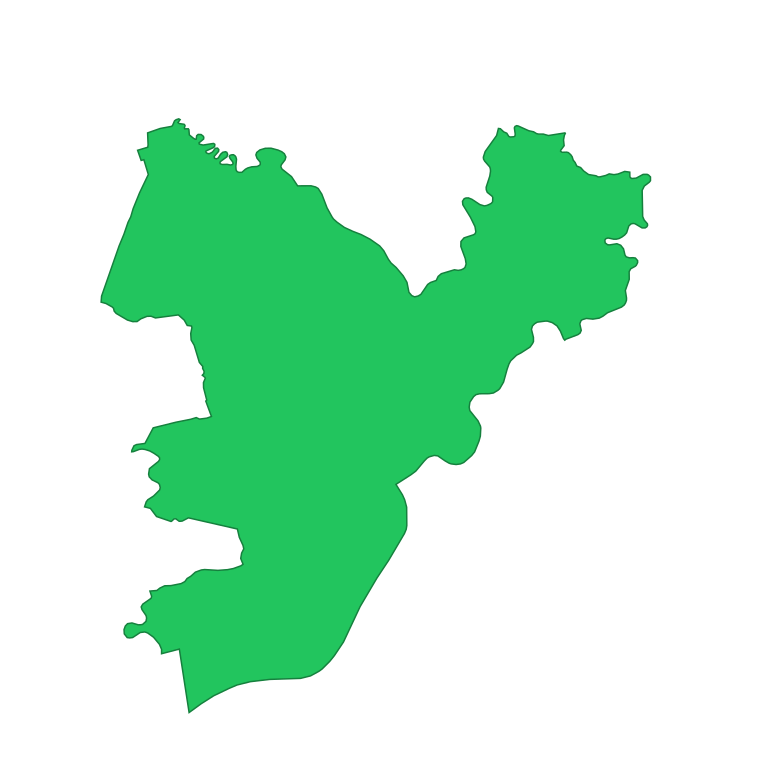 Go Quao, Kiên Giang, Vietnam, rotated 261°
{"feature_id": "81297802B76509043653809", "entity_name": "Go Quao", "entity_type": "district", "adm_level": 2, "iso_a3": "VNM", "parent_name": "Vietnam", "parent_adm1": "Kiên Giang", "projection": "robinson", "projection_center": [105.33, 9.72], "detail": "fine", "context": "isolated", "style": "filled", "palette": "green", "viewbox_px": 768, "rotation_deg": 261, "n_neighbors": 0, "source": "geoboundaries", "source_scale": "gbopen_adm2", "svg_char_len": 6161}
<svg xmlns="http://www.w3.org/2000/svg" viewBox="0 0 768 768"><g transform="rotate(261 384 384)"><path d="M110.5,275.0L112.2,278.3L118.6,287.1L123.5,292.5L135.5,303.6L167.9,325.6L193.5,346.7L209.2,361.1L233.1,380.8L237.0,383.2L240.7,384.4L258.8,387.1L266.4,386.3L271.6,384.9L283.0,380.1L290.2,396.5L293.0,401.8L301.7,411.8L304.1,415.0L305.0,417.3L305.6,422.4L304.6,425.9L298.5,432.3L295.6,435.9L294.6,437.8L293.2,442.6L293.1,447.0L294.0,450.5L299.6,459.4L302.8,462.9L312.6,468.8L317.4,471.0L325.3,472.7L327.3,472.7L332.9,471.1L344.3,464.6L347.8,464.5L352.6,466.0L357.5,470.5L359.1,473.2L359.4,476.9L358.0,486.3L358.0,490.7L360.1,495.8L361.3,497.6L367.2,502.4L379.3,507.9L384.3,510.6L387.1,512.8L391.7,519.4L393.3,524.2L397.7,534.1L400.8,537.1L402.6,538.3L406.7,538.9L414.9,538.2L418.1,539.7L419.9,542.1L421.1,545.0L420.9,552.8L420.6,555.1L418.3,559.8L414.3,564.0L408.6,566.5L400.7,568.4L399.0,569.4L399.8,570.7L402.4,583.2L403.6,585.6L406.1,587.2L412.8,586.8L415.6,588.4L416.5,589.8L417.1,594.1L415.4,600.5L415.4,606.9L416.7,610.8L419.4,615.9L422.8,630.6L424.5,633.7L426.4,635.3L428.8,636.6L431.0,637.0L438.6,637.0L449.0,642.6L456.6,643.7L459.2,645.7L461.0,650.7L461.8,651.8L464.2,653.5L466.2,653.8L469.1,652.0L469.8,649.7L470.2,646.1L471.7,643.1L473.7,642.2L480.1,641.7L484.0,639.5L486.1,636.0L486.1,628.7L486.5,626.7L488.8,624.5L491.7,624.7L492.8,625.8L493.2,628.1L491.1,633.5L490.7,636.1L490.9,638.9L491.9,641.9L493.5,645.0L495.4,647.3L501.8,650.5L503.5,653.1L503.6,655.2L503.0,657.0L497.8,663.3L497.3,666.4L498.2,668.3L499.6,669.2L501.1,669.2L505.3,666.6L509.0,665.7L534.9,669.3L538.8,672.1L541.8,677.6L543.1,679.0L546.8,679.6L549.0,678.0L549.9,676.7L550.5,672.7L547.9,665.3L548.2,660.9L549.3,659.6L550.4,659.3L554.8,659.9L556.3,655.0L554.8,648.0L554.8,643.9L556.3,639.3L555.3,635.7L554.8,629.6L555.1,627.8L556.5,626.0L558.9,618.8L563.2,614.5L567.0,612.1L569.1,608.5L572.9,607.4L575.5,605.9L579.0,605.4L581.3,604.3L583.7,602.3L584.4,600.7L585.0,596.1L586.2,594.8L587.2,595.1L591.2,599.2L597.0,599.5L601.3,601.0L603.2,602.3L603.7,602.0L603.7,585.2L605.9,580.5L606.7,575.7L607.4,573.9L609.7,571.2L611.5,566.6L617.8,557.0L618.4,555.4L617.9,553.7L616.6,552.8L610.4,552.7L608.5,552.2L607.9,551.0L608.2,547.4L609.0,546.0L612.5,544.5L614.3,541.7L617.9,538.9L618.5,537.0L611.8,534.1L597.8,520.3L592.5,517.6L590.6,517.5L588.4,518.3L581.8,522.4L579.9,522.7L577.5,522.5L572.8,521.0L562.4,515.7L559.8,515.4L557.1,516.0L552.6,520.1L551.3,520.6L547.0,519.8L545.7,518.3L545.0,516.3L544.3,513.6L544.2,511.0L546.2,506.8L552.7,499.7L554.6,496.5L554.9,494.0L554.5,492.2L552.2,490.1L548.7,489.9L535.3,495.4L525.2,498.5L520.0,498.5L518.2,497.5L517.4,495.8L515.8,485.9L512.7,482.3L507.8,481.4L495.1,483.9L489.7,483.9L486.4,482.2L485.4,480.5L484.7,478.1L484.6,475.1L485.8,471.4L484.0,457.9L481.8,454.3L478.1,451.8L477.0,445.8L475.5,442.7L466.8,434.5L465.6,431.6L465.3,427.9L466.9,425.3L470.6,423.0L480.8,422.6L487.8,419.9L497.2,414.2L502.4,409.9L506.6,407.8L515.7,404.6L521.1,401.3L529.2,392.9L535.2,384.8L539.6,377.2L544.8,369.4L551.2,362.9L554.9,359.9L557.2,358.8L566.9,355.3L581.2,352.3L587.4,349.6L589.3,347.3L591.2,342.9L593.2,329.7L603.3,325.1L612.2,316.9L614.7,316.1L616.5,316.8L620.8,321.3L623.6,322.6L627.0,321.6L629.4,319.4L631.6,316.0L634.5,309.5L635.4,303.7L634.6,298.0L632.6,294.5L630.3,293.3L626.8,293.9L622.5,296.4L620.4,296.2L619.6,295.5L618.7,292.8L619.2,287.3L618.7,283.2L617.8,280.7L615.3,276.8L615.8,273.6L616.8,272.1L618.5,271.4L622.1,271.7L629.1,273.5L631.5,273.2L632.8,272.5L634.0,271.2L634.2,269.5L634.0,267.8L633.2,266.8L630.9,267.2L627.0,269.3L625.5,269.5L624.5,268.7L624.3,266.6L625.5,263.4L626.1,258.7L627.0,256.8L628.0,256.5L629.2,257.1L633.0,264.4L635.3,265.5L637.4,265.0L638.2,263.8L638.1,261.0L636.5,258.5L633.1,255.6L632.6,253.5L633.5,251.9L635.3,251.9L639.6,257.0L641.3,257.5L643.0,256.5L643.2,254.3L639.9,250.8L638.9,247.8L638.9,246.7L639.9,244.9L641.2,244.3L642.0,244.7L644.2,252.7L645.4,254.0L647.2,254.4L648.2,253.4L648.3,252.4L648.3,242.7L649.8,239.1L651.1,239.0L654.2,244.2L656.0,244.6L657.1,244.2L659.0,242.4L659.6,239.5L658.5,237.8L655.2,236.8L655.3,235.7L656.6,234.2L660.5,230.7L665.7,231.1L666.7,230.6L667.2,227.0L668.2,226.9L670.2,227.9L671.3,227.6L671.8,227.2L673.3,222.5L674.4,221.4L677.0,224.0L678.0,222.8L677.6,220.1L676.7,218.3L672.6,215.7L671.7,214.6L671.4,202.9L669.0,189.8L657.1,188.4L654.8,187.7L653.4,177.2L642.8,179.1L643.1,181.9L627.8,184.0L611.1,172.5L596.5,163.7L588.7,160.0L583.8,156.5L572.5,150.5L561.9,144.0L515.0,118.8L509.1,117.4L507.0,122.0L502.6,127.6L501.1,128.7L498.2,128.9L495.6,130.5L487.3,140.6L484.9,145.6L484.3,149.9L486.4,154.0L487.9,160.5L487.4,164.5L485.0,168.6L484.4,191.7L478.3,196.7L472.6,198.8L471.4,202.9L469.7,203.1L464.1,201.0L457.6,200.4L451.9,202.6L434.2,205.0L429.7,207.7L427.7,207.3L424.7,208.3L422.5,207.7L421.1,205.9L418.5,208.2L417.7,208.4L413.6,205.9L408.5,205.2L395.8,206.4L395.0,205.3L378.9,208.5L378.0,203.7L378.2,196.3L380.2,193.3L379.4,187.6L378.8,172.3L376.8,149.2L362.7,138.6L362.9,130.1L362.1,127.4L358.0,124.6L356.5,124.2L356.4,125.9L357.7,132.2L357.6,134.8L356.7,137.8L354.5,142.2L351.6,145.9L347.9,149.8L346.2,150.8L344.3,150.5L342.8,149.1L337.1,139.1L331.8,137.4L329.0,137.6L325.6,139.9L321.8,145.3L320.0,146.5L316.6,146.8L314.4,145.8L309.4,138.9L306.7,132.7L304.8,130.7L300.1,128.3L297.7,133.8L288.7,138.6L281.6,152.0L281.6,152.6L283.6,155.6L283.4,157.3L280.5,160.2L280.3,161.1L280.2,163.3L282.4,169.9L263.7,216.5L255.2,217.1L246.6,219.5L243.1,219.7L239.2,216.9L234.1,215.2L228.0,216.6L226.8,214.2L225.3,206.3L225.1,200.5L225.9,190.8L228.8,177.8L228.9,174.5L227.7,168.3L224.3,163.0L222.7,159.1L220.0,156.4L218.6,152.4L218.2,142.0L219.0,135.8L217.5,130.7L215.6,127.4L216.1,120.4L210.7,121.3L208.8,120.5L204.3,111.3L201.8,109.3L199.0,109.7L192.4,112.8L189.9,112.9L186.8,111.8L184.3,107.9L184.3,105.9L184.6,103.6L187.4,97.7L187.4,93.2L185.4,90.6L182.1,88.8L177.8,88.4L173.7,90.7L173.0,93.1L172.9,96.1L176.7,104.4L176.5,109.0L175.1,111.6L169.9,116.8L162.0,121.5L156.7,122.8L152.4,122.1L154.2,140.4L90.0,140.1L96.8,153.4L102.7,167.0L107.6,183.4L109.7,191.8L110.9,205.5L110.1,225.0L106.3,255.5L107.2,265.8L110.5,275.0Z" fill="#22c55e" stroke="#15803d" stroke-width="1.5"/></g></svg>